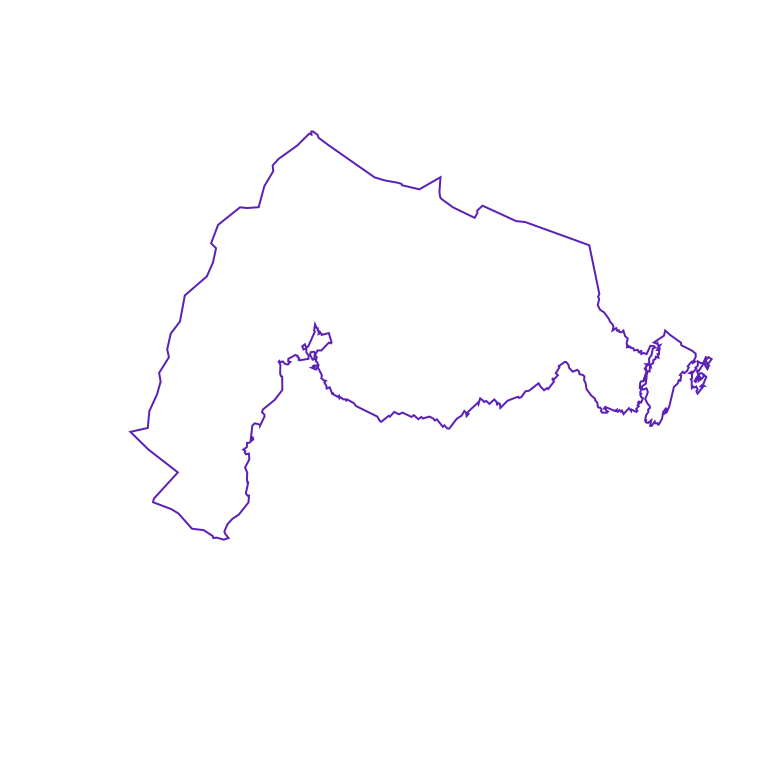 Eide nor, Møre og Romsdal, Norway, rotated 134°
{"feature_id": "86288312B27071382350329", "entity_name": "Eide nor", "entity_type": "district", "adm_level": 2, "iso_a3": "NOR", "parent_name": "Norway", "parent_adm1": "Møre og Romsdal", "projection": "orthographic", "projection_center": [7.322, 62.931], "detail": "fine", "context": "isolated", "style": "outline", "palette": "violet", "viewbox_px": 768, "rotation_deg": 134, "n_neighbors": 0, "source": "geoboundaries", "source_scale": "gbopen_adm2", "svg_char_len": 6168}
<svg xmlns="http://www.w3.org/2000/svg" viewBox="0 0 768 768"><g transform="rotate(134 384 384)"><path d="M602.8,388.8L602.0,394.5L600.9,396.4L593.7,399.2L586.2,399.4L578.7,397.7L563.4,399.2L558.0,403.6L559.1,404.5L558.7,407.4L549.2,413.2L549.0,414.0L549.5,414.1L547.7,416.5L542.8,420.7L540.5,426.0L532.0,428.4L530.3,430.1L527.9,432.9L530.5,434.6L530.0,436.5L528.7,437.0L529.0,439.6L524.8,438.8L521.4,441.6L519.9,440.1L514.6,439.6L513.7,441.3L516.1,441.6L505.4,449.8L502.0,449.6L499.4,445.0L500.1,444.2L490.1,447.5L489.1,448.8L489.1,452.1L486.5,453.4L471.3,451.6L458.9,453.0L449.4,462.4L449.9,463.5L448.7,465.9L442.2,471.8L441.1,475.3L440.1,475.2L440.9,473.9L438.0,472.4L438.4,469.6L436.8,466.6L433.2,466.8L434.3,468.6L432.3,470.3L424.5,467.8L423.8,465.4L424.6,465.1L424.4,462.8L425.9,462.2L425.6,461.2L418.4,455.8L415.8,458.1L415.3,461.7L412.4,464.5L415.1,465.9L413.7,469.0L410.4,468.5L411.7,465.7L409.9,464.5L394.4,470.1L394.0,471.5L389.0,475.0L390.5,471.4L389.9,470.3L391.4,469.2L391.1,467.4L391.8,467.1L390.9,466.6L391.1,465.8L392.9,465.5L391.7,464.9L391.3,463.6L391.9,462.9L385.7,459.1L390.5,450.6L391.6,450.4L392.5,452.4L403.5,452.4L405.9,455.1L409.3,454.2L409.5,456.9L412.1,458.8L414.3,457.5L416.1,452.2L414.6,451.4L411.0,454.3L411.4,451.1L414.9,449.0L414.8,446.8L415.9,445.6L415.8,444.3L417.1,443.6L418.9,447.0L420.3,447.4L420.3,445.9L422.5,447.3L420.9,443.0L417.9,443.3L420.9,434.7L423.4,433.1L423.3,430.2L422.1,428.1L424.3,428.0L425.3,424.3L427.1,422.1L424.1,420.7L426.9,414.8L425.4,414.1L426.9,414.1L425.3,408.3L423.8,408.3L425.2,406.1L423.8,406.1L423.3,402.5L421.8,401.1L422.1,399.6L420.7,399.7L418.7,392.4L419.3,388.8L412.1,366.3L413.5,361.2L413.1,359.7L403.6,358.5L403.5,357.1L397.0,357.2L395.4,352.2L391.7,350.8L388.6,341.4L385.6,340.8L385.5,334.9L381.8,334.3L381.8,332.1L375.8,328.6L374.6,324.3L374.9,322.1L372.7,321.4L373.9,311.9L371.8,311.9L372.0,307.6L370.9,306.1L358.5,307.5L352.7,306.2L347.6,307.5L347.8,304.8L349.7,302.3L346.7,302.4L347.3,304.3L332.2,303.5L332.9,302.0L326.8,305.3L327.9,303.9L327.1,302.4L327.4,299.5L325.2,298.8L325.1,294.4L318.5,293.9L318.8,290.2L320.9,288.0L318.4,288.8L317.9,286.7L320.4,283.6L310.2,283.5L301.4,279.4L299.9,278.3L300.2,277.2L298.1,276.1L291.0,277.2L288.1,275.0L276.1,273.3L277.1,269.6L277.3,264.5L273.7,263.9L273.6,262.4L264.2,263.4L263.5,266.3L262.8,266.3L262.8,264.9L256.9,265.0L257.0,267.9L250.1,269.4L249.8,270.7L242.5,269.3L241.7,268.3L242.0,264.7L243.8,262.1L244.0,256.8L239.5,254.7L239.6,252.2L241.2,250.2L239.4,247.3L239.3,245.1L242.2,242.8L243.5,239.3L247.0,234.8L248.3,227.3L248.0,222.1L249.1,220.4L249.2,217.6L251.8,214.5L251.8,213.0L250.8,212.1L251.2,209.8L252.8,209.0L253.1,207.2L249.7,203.7L248.3,203.7L248.7,205.8L248.0,206.9L248.8,208.7L246.8,209.0L243.1,199.4L240.9,198.7L242.3,198.0L241.5,196.5L239.3,196.6L239.3,194.4L237.8,194.4L239.2,190.8L231.2,191.0L231.8,187.3L230.4,188.1L228.8,183.0L227.3,183.0L226.7,185.3L223.0,185.3L223.1,186.8L220.9,186.9L220.9,188.3L219.5,188.4L218.7,186.2L214.3,187.8L214.8,189.9L213.7,192.2L212.3,192.2L212.3,193.7L208.4,195.9L207.8,196.7L209.1,197.3L205.4,200.4L203.4,200.9L202.1,199.4L192.9,203.7L191.2,205.9L192.1,205.9L191.7,207.2L188.0,207.5L187.9,209.2L186.4,207.1L185.7,207.7L186.5,208.3L184.3,208.1L181.8,210.9L177.2,211.7L171.9,215.2L169.3,214.3L169.7,215.2L169.1,215.8L171.4,218.9L180.1,215.9L181.2,218.6L183.6,219.8L182.1,221.2L183.1,221.7L182.1,222.2L184.1,223.2L183.2,225.3L186.1,227.4L185.1,229.5L186.6,231.6L186.1,232.5L188.8,234.7L187.7,235.6L186.5,233.8L187.1,235.9L186.5,237.5L182.0,240.3L182.1,243.7L179.3,248.9L181.6,249.0L183.1,250.7L182.3,252.5L183.7,253.1L182.5,255.7L186.7,256.8L183.4,258.6L182.3,261.3L182.2,264.6L181.0,267.4L179.6,275.4L180.5,280.1L178.8,285.0L173.3,288.3L172.5,290.6L169.6,291.7L141.6,332.7L169.5,395.1L175.0,402.0L187.3,437.0L194.6,437.4L195.9,435.7L201.5,434.2L209.0,457.1L211.0,471.4L210.5,473.5L207.3,477.6L196.0,487.0L219.4,493.8L228.5,509.1L227.9,510.4L229.6,513.8L236.8,524.5L241.9,534.3L250.8,590.1L252.3,602.2L250.9,605.0L251.7,610.5L252.9,611.7L255.0,609.4L255.8,611.7L272.9,612.1L295.2,616.2L304.1,615.9L307.8,611.5L324.8,607.5L343.9,597.0L352.5,604.7L356.9,610.3L384.8,613.9L402.9,606.1L403.0,599.1L415.5,591.4L429.6,586.2L458.6,588.8L480.8,574.2L495.9,572.4L509.7,564.0L514.1,557.3L532.2,553.5L537.5,546.3L549.1,540.1L566.6,533.9L579.7,523.4L594.6,533.2L594.8,508.0L590.8,470.9L626.4,469.9L629.5,468.0L621.9,450.4L619.9,442.0L621.5,421.6L614.4,412.2L612.3,401.5L613.4,399.9L610.8,397.7L607.2,391.1L602.8,388.8ZM166.7,218.7L165.6,216.0L164.5,215.8L166.0,213.1L164.3,212.3L167.6,211.7L166.6,211.3L167.1,210.1L169.3,210.6L168.5,209.5L171.6,206.9L172.5,207.9L174.4,204.9L175.6,207.4L177.5,206.1L179.8,206.9L182.0,204.8L184.9,205.9L185.9,204.5L185.8,205.7L190.5,201.6L191.6,203.2L199.1,199.1L197.8,199.0L201.9,195.9L207.3,196.9L208.1,193.8L204.8,192.1L206.5,188.6L213.5,185.5L215.1,180.4L215.3,177.6L216.3,176.1L219.0,176.2L220.5,174.4L224.6,173.7L228.8,170.9L228.0,170.2L229.6,169.0L228.6,167.0L224.5,166.6L229.2,163.4L228.2,162.3L222.9,163.2L223.8,161.5L222.3,160.1L222.9,158.7L222.2,158.2L215.8,159.9L210.1,163.8L204.9,164.4L209.8,161.5L208.0,161.0L202.0,163.2L184.7,173.4L179.5,173.1L175.7,175.0L176.7,173.8L175.8,173.0L171.6,176.0L172.0,177.4L167.7,177.6L167.6,175.4L164.0,175.1L160.4,176.3L160.4,177.8L155.3,178.2L153.8,177.9L154.5,176.4L151.7,175.8L152.4,177.2L147.8,178.7L145.7,180.9L146.0,185.4L149.6,197.0L148.0,199.1L149.9,211.8L150.2,218.9L154.7,216.2L166.7,218.7ZM149.7,173.9L152.9,171.0L155.9,171.3L156.1,170.1L161.6,169.7L161.3,171.2L163.9,171.8L162.7,169.7L165.9,166.3L167.4,166.6L167.7,165.2L173.0,159.8L171.1,159.9L171.1,158.4L168.9,157.7L169.9,154.8L172.4,154.0L173.1,151.8L165.1,152.5L165.9,154.6L164.4,154.7L162.9,152.5L162.9,154.0L155.0,157.1L155.1,159.3L157.3,159.2L155.1,160.8L155.5,162.9L156.7,164.0L159.6,163.6L159.4,159.2L163.1,159.8L161.0,161.3L161.0,162.8L166.0,161.2L166.1,162.7L158.8,164.3L157.5,167.6L156.3,167.8L156.0,166.6L143.7,169.1L144.3,166.2L147.3,166.8L148.6,161.7L146.4,162.5L146.5,163.9L145.0,163.2L145.0,164.7L138.5,165.6L139.3,169.2L142.2,169.1L142.3,170.6L140.1,171.5L147.1,168.9L149.0,170.7L149.7,173.9Z" fill="none" stroke="#5b21b6" stroke-width="2"/></g></svg>